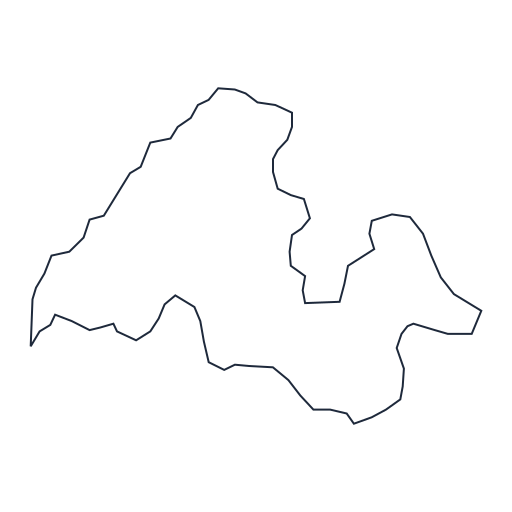 Sunchang-gun, North Jeolla, South Korea (Equal Earth projection), rotated 180°
{"feature_id": "91817680B23901291202395", "entity_name": "Sunchang-gun", "entity_type": "district", "adm_level": 2, "iso_a3": "KOR", "parent_name": "South Korea", "parent_adm1": "North Jeolla", "projection": "equal_earth", "projection_center": [127.087, 35.421], "detail": "fine", "context": "isolated", "style": "outline", "palette": "slate", "viewbox_px": 512, "rotation_deg": 180, "n_neighbors": 0, "source": "geoboundaries", "source_scale": "gbopen_adm2", "svg_char_len": 1270}
<svg xmlns="http://www.w3.org/2000/svg" viewBox="0 0 512 512"><g transform="rotate(180 256 256)"><path d="M262.9,146.0L239.1,144.7L223.6,131.9L211.7,116.5L198.6,102.4L181.9,102.4L165.3,98.5L158.1,88.3L140.3,94.7L126.0,102.4L111.7,112.6L109.3,125.5L108.1,143.4L115.3,164.0L110.5,178.1L104.5,185.8L98.6,188.3L77.2,181.9L64.1,178.1L40.3,178.1L30.7,201.2L58.1,217.9L71.2,234.6L80.7,256.4L89.0,278.3L102.1,295.0L120.0,297.6L140.2,291.2L142.6,278.3L137.8,262.9L164.0,246.2L167.6,228.2L172.4,210.2L206.9,208.9L209.3,221.7L206.9,235.9L221.2,246.2L222.4,260.3L220.0,277.0L210.5,283.4L202.1,293.7L208.1,313.0L221.2,316.9L234.3,323.3L239.0,340.0L239.0,352.9L234.3,361.9L224.7,372.2L220.0,385.1L220.0,399.3L236.7,407.0L254.5,409.6L266.4,418.6L268.6,419.4L277.2,422.5L293.8,423.7L303.4,412.1L314.1,407.0L321.2,394.1L334.3,385.1L341.5,373.5L361.7,369.4L371.3,345.2L382.0,338.8L408.2,296.3L422.4,292.4L428.4,274.4L442.7,260.3L460.5,256.4L467.6,238.4L476.0,224.3L479.5,212.7L481.3,165.7L472.4,180.6L461.7,187.1L456.9,197.3L440.2,190.9L422.4,181.9L411.7,184.5L398.6,188.3L395.0,180.6L375.9,171.7L361.7,180.6L353.3,193.5L347.4,207.6L336.7,216.6L317.6,205.0L311.7,190.9L308.1,170.4L303.3,149.8L287.8,142.1L277.1,147.3L262.9,146.0Z" fill="none" stroke="#1e293b" stroke-width="2"/></g></svg>